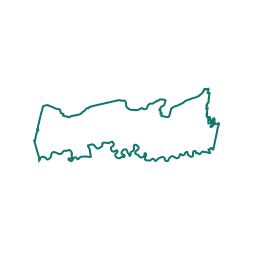 the district of Varfu Campului, Botosani, Romania, rotated 308°
{"feature_id": "2599482B97560889775117", "entity_name": "Varfu Campului", "entity_type": "district", "adm_level": 2, "iso_a3": "ROU", "parent_name": "Romania", "parent_adm1": "Botosani", "projection": "natural_earth1", "projection_center": [26.332, 47.846], "detail": "fine", "context": "isolated", "style": "outline", "palette": "teal", "viewbox_px": 256, "rotation_deg": 308, "n_neighbors": 0, "source": "geoboundaries", "source_scale": "gbopen_adm2", "svg_char_len": 5907}
<svg xmlns="http://www.w3.org/2000/svg" viewBox="0 0 256 256"><g transform="rotate(308 128 128)"><path d="M185.0,198.2L187.6,196.9L187.5,196.4L187.2,196.1L185.9,195.8L185.5,195.3L184.6,194.0L184.1,193.6L183.4,193.3L181.8,193.5L180.7,193.3L179.8,192.7L179.8,192.1L180.3,191.9L181.2,192.7L182.0,192.7L183.1,192.0L184.0,190.7L184.5,190.7L184.7,191.0L184.1,192.5L184.5,193.2L185.1,193.6L185.7,193.2L185.5,192.2L185.9,191.6L186.1,191.5L186.6,191.8L187.0,191.7L187.7,191.4L188.2,190.8L188.6,190.1L188.3,189.4L187.9,189.3L186.8,189.8L186.3,189.9L185.6,189.6L185.2,189.1L184.8,189.0L182.4,190.3L181.1,188.5L184.9,185.3L184.9,185.7L184.6,186.4L184.6,187.4L184.8,187.5L185.2,187.5L186.0,187.2L186.3,186.4L186.9,185.7L187.0,185.5L186.9,185.3L186.0,184.6L185.4,183.5L185.6,183.2L187.4,181.9L187.0,181.7L192.5,178.6L191.5,177.8L194.1,176.0L194.3,176.4L195.8,175.6L196.8,175.3L197.5,175.8L203.0,172.2L205.7,170.9L204.6,169.3L207.9,167.8L208.2,167.4L207.8,167.3L208.0,166.9L207.6,166.5L207.1,166.3L207.1,166.1L206.6,166.0L206.6,165.5L206.1,165.2L206.3,164.8L205.7,164.2L204.2,164.5L202.9,165.1L202.2,164.8L200.3,165.0L198.9,164.4L198.2,164.3L197.7,164.5L194.1,162.7L193.0,162.0L192.3,161.3L190.8,160.2L188.9,159.3L187.2,158.0L184.8,156.6L181.3,155.8L180.1,155.0L179.6,155.0L178.7,154.6L178.7,154.4L177.9,153.9L177.0,153.7L174.2,151.9L173.7,151.5L173.0,151.0L171.4,150.7L170.4,150.1L170.0,150.2L169.7,150.2L169.1,150.6L168.2,150.9L166.9,151.5L166.5,151.4L165.7,152.1L164.7,152.3L162.9,153.1L162.5,153.1L162.0,153.3L160.5,151.9L158.1,146.7L160.2,145.6L159.4,144.7L160.7,143.9L162.0,142.6L161.5,141.9L161.5,141.6L164.6,141.1L166.3,141.6L167.5,142.2L168.8,142.3L172.8,140.6L172.9,140.4L172.8,139.9L171.9,137.8L171.2,137.2L170.7,136.0L170.0,135.4L167.6,134.8L167.0,134.4L166.7,133.8L166.3,133.7L165.1,133.5L163.9,132.9L162.5,132.5L161.8,131.8L160.6,130.2L158.0,129.8L155.1,130.7L154.5,130.6L153.1,129.6L152.5,129.0L152.4,128.7L152.5,127.5L152.3,126.7L149.6,125.3L148.1,124.5L147.6,124.0L145.9,121.4L144.4,119.6L143.6,117.7L143.4,116.6L143.6,115.8L143.5,114.9L143.9,113.7L144.3,112.9L146.5,111.0L147.3,109.7L147.5,108.9L147.4,108.3L146.1,106.9L145.3,105.6L145.0,105.1L144.9,104.4L143.2,102.7L123.1,86.3L122.0,85.5L121.5,85.5L121.3,85.0L120.0,84.6L119.2,84.5L119.0,84.1L118.1,83.3L114.4,83.1L113.3,82.6L109.7,81.9L108.2,81.0L107.7,80.4L106.7,79.9L106.0,79.2L105.2,78.1L104.3,77.7L103.9,77.2L103.0,76.6L102.3,75.7L101.5,75.6L100.0,74.8L99.6,74.0L99.7,73.6L99.5,72.9L98.4,71.0L97.8,69.3L99.0,68.7L99.3,68.3L99.2,67.8L98.5,66.6L98.6,65.8L99.1,64.7L100.3,63.8L100.6,63.0L100.6,62.6L100.4,62.1L99.4,60.5L98.6,58.6L98.2,56.1L96.7,51.3L96.7,50.8L96.3,50.2L93.9,48.3L92.5,47.7L88.6,49.6L86.6,50.3L79.0,53.7L77.6,54.5L74.2,55.9L71.9,57.3L71.8,57.6L71.4,57.3L71.1,58.3L70.6,58.1L70.6,58.3L70.2,58.6L69.9,58.4L69.7,58.4L69.7,58.7L69.5,58.8L69.3,58.7L67.5,59.1L61.7,62.0L61.0,62.5L60.3,61.8L50.0,76.0L47.8,78.0L48.7,78.0L50.0,77.5L50.5,77.4L51.5,77.7L52.9,78.5L53.4,79.3L53.8,81.2L53.4,83.6L54.0,84.3L55.5,84.9L56.8,85.1L58.6,84.6L60.8,83.5L61.6,83.4L62.7,83.7L63.3,84.3L63.8,85.1L64.8,88.5L64.9,89.1L65.7,90.6L67.0,91.3L69.3,91.4L70.7,91.7L71.3,92.3L72.4,93.9L74.2,94.9L74.7,96.0L74.5,97.5L74.1,98.5L73.0,99.9L72.7,99.8L72.1,100.1L70.4,101.9L69.6,102.1L69.0,102.1L68.6,101.8L67.7,100.1L66.9,100.2L66.7,100.4L66.4,101.4L66.6,102.9L67.2,103.7L67.8,104.0L69.1,104.0L70.8,103.6L72.0,104.1L72.5,104.7L72.9,105.4L72.8,105.9L72.4,106.6L72.5,107.7L73.4,108.1L74.3,107.9L76.3,108.7L77.2,109.5L79.5,112.1L81.6,115.7L82.7,116.4L85.0,113.6L86.9,111.8L88.2,109.8L89.0,107.7L89.4,107.4L89.9,107.3L90.7,108.2L92.6,109.2L93.4,110.8L93.6,111.8L92.8,115.7L93.1,116.6L93.4,117.1L95.1,118.0L97.6,118.8L99.1,118.2L100.2,117.2L100.9,117.3L102.1,118.5L104.0,121.9L104.6,122.3L106.4,123.1L107.4,124.0L107.6,124.4L107.5,124.9L107.1,125.4L106.7,126.6L106.0,127.1L105.4,127.3L104.5,127.3L102.8,126.7L102.2,126.6L101.4,127.1L100.3,128.3L100.2,128.7L100.0,129.7L100.2,130.5L100.5,131.3L101.4,131.9L103.2,132.6L103.5,132.9L103.7,133.3L103.2,134.1L102.1,134.6L101.4,134.6L99.7,134.1L98.7,134.6L98.1,135.5L97.8,136.7L97.9,138.2L98.2,138.9L98.7,139.7L99.8,140.5L101.6,140.9L102.0,141.1L102.3,141.5L102.4,142.6L102.6,142.8L102.9,142.9L104.1,142.4L104.5,141.8L104.4,141.2L103.7,139.8L103.8,138.9L104.2,138.3L105.1,137.9L107.7,137.7L108.1,137.8L108.7,138.2L109.7,139.3L109.9,139.7L109.9,140.4L109.6,141.1L108.2,143.1L108.0,144.7L107.1,146.2L107.2,146.6L107.5,146.8L108.4,146.6L109.9,145.4L110.5,145.2L111.3,145.3L113.2,146.1L114.5,146.0L115.5,145.4L116.8,144.0L117.8,143.5L118.6,143.5L119.5,144.3L119.7,144.7L119.8,145.5L119.6,147.7L118.9,148.6L118.3,149.0L117.3,149.1L115.0,148.5L114.1,148.5L113.1,148.8L112.4,149.5L112.4,150.5L113.0,152.6L112.6,154.0L112.5,155.0L112.7,156.0L113.3,157.1L114.3,157.7L115.0,157.9L116.2,157.8L118.2,156.8L118.7,157.0L118.9,157.4L118.7,158.1L118.0,158.8L116.6,159.4L115.0,159.8L113.9,160.4L113.6,161.2L113.8,162.3L115.9,165.4L118.0,165.9L119.1,166.6L119.3,167.1L119.4,167.5L118.9,169.6L119.0,170.1L122.8,170.8L125.0,171.9L126.3,172.9L126.9,174.3L126.9,175.4L125.4,177.1L125.3,177.3L125.7,178.8L126.2,179.5L127.1,179.8L128.5,179.2L130.5,179.2L132.0,179.5L132.9,180.1L133.4,180.8L133.7,182.4L134.0,184.7L134.2,185.1L134.7,185.6L135.6,186.0L136.6,186.1L137.2,186.0L138.7,185.2L139.5,185.2L139.8,185.6L140.0,187.7L141.1,188.7L141.4,188.8L143.8,188.4L145.0,188.7L145.4,189.0L145.6,189.3L145.5,189.8L144.2,191.1L143.7,192.1L144.0,195.1L144.5,196.0L145.2,196.3L146.1,196.2L147.4,195.6L148.3,194.5L148.8,194.2L149.8,194.0L150.5,194.3L151.1,194.8L151.3,195.4L151.1,195.9L150.3,196.8L150.2,197.2L150.3,197.5L150.9,198.0L151.2,198.7L151.3,199.3L151.2,200.3L151.4,200.6L152.1,200.8L154.8,201.0L155.3,201.2L157.8,205.9L158.3,207.3L158.8,207.9L159.9,206.6L160.4,204.9L162.7,205.5L163.4,205.9L163.6,206.1L163.7,206.6L163.1,207.4L163.0,207.8L163.2,208.1L163.9,208.3L180.1,200.3L184.0,198.2L185.0,198.2Z" fill="none" stroke="#0f766e" stroke-width="2"/></g></svg>